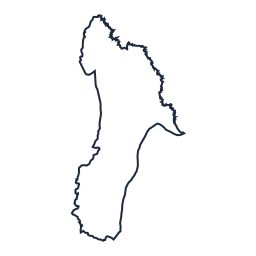 outline of Phakdi Chumphon, Chaiyaphum, Thailand
{"feature_id": "78962969B21349454569090", "entity_name": "Phakdi Chumphon", "entity_type": "district", "adm_level": 2, "iso_a3": "THA", "parent_name": "Thailand", "parent_adm1": "Chaiyaphum", "projection": "albers", "projection_center": [101.441, 15.961], "detail": "fine", "context": "isolated", "style": "outline", "palette": "slate", "viewbox_px": 256, "rotation_deg": 0, "n_neighbors": 0, "source": "geoboundaries", "source_scale": "gbopen_adm2", "svg_char_len": 5704}
<svg xmlns="http://www.w3.org/2000/svg" viewBox="0 0 256 256"><path d="M75.8,182.6L76.8,183.5L78.0,183.2L78.8,183.5L79.1,184.3L77.8,188.5L76.1,189.1L75.3,190.3L75.6,191.3L75.5,193.2L76.7,193.9L78.0,193.3L78.1,193.8L77.0,196.2L77.0,197.5L76.5,198.3L76.6,199.2L75.8,199.3L75.1,200.5L74.7,202.5L74.9,202.8L74.5,203.3L74.7,203.9L76.3,205.9L78.5,206.2L78.6,206.6L77.8,208.4L75.6,209.2L73.3,210.5L73.2,211.2L71.9,213.0L72.1,213.7L72.6,214.0L72.9,214.5L74.2,214.8L77.6,216.9L78.0,218.9L79.5,220.0L80.0,221.0L79.8,221.7L79.1,222.1L80.1,222.9L80.0,223.7L82.2,225.4L82.2,225.8L80.9,226.0L80.9,226.3L81.0,227.3L80.6,230.2L80.8,232.5L83.2,230.9L85.5,232.9L87.6,232.9L88.0,233.4L88.0,234.7L90.0,235.8L92.5,236.0L93.9,237.6L95.7,237.8L98.8,239.4L101.1,239.6L102.7,240.6L103.4,240.6L103.8,239.9L105.1,240.0L106.0,237.1L107.3,236.2L111.4,237.7L113.6,239.5L119.1,232.3L120.4,231.4L120.6,226.4L120.1,223.2L121.3,216.1L121.4,213.8L122.1,209.6L122.3,204.9L123.3,199.4L124.9,195.0L125.9,187.6L126.7,186.5L126.7,185.9L127.8,183.9L128.8,182.4L131.7,179.5L131.8,178.7L134.4,175.4L135.5,173.0L136.5,171.5L137.5,167.7L137.9,164.7L137.5,155.6L138.1,150.7L139.5,147.6L140.2,144.8L144.6,137.2L147.5,131.3L149.5,128.6L150.5,128.2L156.4,124.1L157.3,123.7L158.6,123.8L160.9,124.9L164.1,127.5L165.9,129.7L170.4,131.8L174.5,134.1L177.0,135.0L179.0,135.2L181.0,134.7L184.1,133.3L182.9,132.5L181.9,132.7L181.0,132.4L179.8,131.6L177.5,128.6L176.5,126.6L176.4,125.6L175.4,124.9L175.0,123.5L174.0,122.7L173.9,121.5L174.4,121.5L174.3,121.3L174.7,121.0L174.7,120.4L174.4,120.2L174.7,120.0L174.4,119.9L174.6,119.4L174.1,119.1L173.8,119.3L173.8,118.9L174.3,118.7L174.0,118.5L174.0,118.1L174.8,118.1L174.4,117.3L174.6,117.1L174.5,116.8L174.9,116.7L174.6,116.6L174.8,116.4L174.7,116.1L174.4,116.2L173.7,115.3L174.3,114.7L173.8,114.3L174.7,114.0L174.9,113.7L174.2,112.9L174.7,112.7L174.6,112.3L175.8,111.7L175.0,111.7L174.7,111.1L174.8,110.7L173.6,110.6L172.2,109.6L172.3,109.0L172.9,109.0L173.1,108.6L171.5,107.6L170.8,107.7L170.6,108.1L170.1,107.8L170.0,107.2L171.0,106.2L171.5,104.6L170.6,104.2L170.3,104.8L169.5,104.8L169.0,105.2L167.7,104.9L166.8,105.2L166.2,104.3L165.6,105.3L164.8,105.8L164.3,105.3L163.5,105.5L163.3,105.2L163.4,104.6L162.4,104.7L162.5,104.1L162.9,104.0L162.5,102.9L161.2,102.0L162.5,101.2L162.4,100.4L162.7,99.7L161.6,99.5L161.5,98.2L160.3,98.5L160.1,97.6L160.6,97.6L160.7,96.9L159.9,95.9L159.2,92.5L159.3,92.3L160.1,92.4L160.4,91.8L161.1,91.7L160.8,91.0L161.2,90.4L160.9,89.8L161.0,89.2L161.3,89.2L161.5,89.9L161.8,89.9L161.6,89.6L161.9,89.1L161.2,88.5L161.9,87.3L161.2,86.9L160.9,86.2L161.8,84.9L162.0,83.2L163.0,81.8L161.5,81.0L161.5,80.5L160.9,80.2L160.8,79.4L162.6,78.5L162.0,78.3L161.8,77.8L162.1,76.7L162.7,76.5L162.7,76.1L161.0,76.7L160.6,76.3L160.7,75.5L160.0,74.7L158.3,74.6L158.7,73.5L157.3,73.8L157.4,73.2L157.0,72.2L158.3,71.0L157.5,70.7L156.7,69.6L155.3,68.9L154.7,68.1L154.4,68.2L154.2,68.9L153.6,67.5L152.9,67.4L153.0,66.5L152.5,65.5L151.4,64.6L152.4,63.3L151.6,63.1L152.1,62.5L152.0,62.3L151.5,62.3L152.0,61.4L151.5,61.0L150.8,60.0L150.0,59.5L150.0,58.2L149.4,58.3L148.9,57.9L148.3,57.8L148.0,58.2L147.2,56.5L146.8,56.1L146.6,54.9L146.3,55.2L145.7,54.6L146.2,54.2L145.6,54.0L145.5,53.0L146.4,52.2L145.9,52.1L145.7,52.5L145.3,51.0L144.9,51.2L144.6,51.1L145.1,50.5L144.0,50.8L143.8,50.6L143.7,49.8L144.5,49.5L144.8,48.1L145.2,48.2L145.8,47.5L144.8,47.4L144.4,47.9L143.3,46.7L142.5,46.5L142.6,46.1L142.3,45.9L141.7,46.0L141.8,46.3L141.3,46.8L140.6,46.2L139.3,45.8L136.4,45.8L134.4,45.5L134.3,45.0L132.5,45.5L132.1,44.9L132.1,44.2L130.5,44.7L129.7,44.4L129.2,42.7L128.8,42.7L128.5,42.9L128.4,42.7L127.7,43.6L127.5,44.2L127.7,44.6L127.0,45.7L127.3,45.9L126.9,47.5L127.3,48.9L127.2,49.2L124.4,47.7L122.0,48.7L121.4,48.5L121.3,47.9L120.1,46.9L120.4,46.0L120.0,45.2L117.9,44.8L118.8,43.7L118.1,42.8L119.2,42.2L119.4,41.7L118.4,41.1L118.3,40.2L117.3,40.0L116.7,40.2L116.9,39.7L116.5,39.3L116.5,38.2L116.9,37.8L116.2,38.0L115.5,39.0L115.4,38.4L114.6,39.2L113.6,38.7L112.9,39.3L113.0,38.4L112.2,38.4L112.3,37.8L111.7,37.4L110.8,37.5L110.7,37.0L111.4,36.4L111.0,36.2L110.0,36.5L110.3,35.9L111.7,35.8L111.6,34.6L111.1,34.7L110.5,34.3L111.0,33.7L111.5,33.7L111.3,33.3L111.8,33.0L111.7,32.8L112.1,32.5L111.5,32.2L112.2,31.9L112.0,31.1L113.5,31.0L113.9,30.4L112.9,30.6L112.7,30.0L112.1,30.3L111.6,30.0L111.4,29.1L111.0,28.9L110.5,29.1L110.1,27.8L109.7,27.6L109.6,27.3L109.0,27.6L108.3,26.0L107.8,26.0L107.9,24.8L107.2,25.1L107.3,23.9L106.1,24.3L105.8,23.7L105.9,23.1L105.4,22.9L105.2,23.7L105.0,23.0L104.4,22.7L104.2,22.8L103.8,21.8L104.2,21.5L103.7,21.0L103.9,20.2L104.8,19.7L104.8,19.4L104.3,19.3L104.1,18.6L103.1,20.0L102.9,19.8L103.1,19.3L102.2,19.6L102.6,19.1L101.4,19.1L101.0,18.7L101.5,18.1L101.1,17.7L101.3,16.3L100.2,16.4L100.1,16.2L100.8,15.7L100.0,15.4L99.5,15.7L98.7,15.8L98.5,15.5L98.0,15.8L97.9,17.0L93.6,16.9L92.1,20.4L90.8,21.4L89.2,26.6L86.3,28.5L85.0,29.8L84.7,30.6L85.2,32.0L84.9,32.4L84.0,32.5L83.8,33.2L84.1,33.7L83.9,35.6L84.8,36.3L84.6,36.8L84.8,37.1L83.9,37.6L83.5,38.3L82.9,42.2L82.7,47.7L82.1,48.8L81.3,49.4L81.2,49.9L81.5,52.0L82.4,53.7L82.4,56.0L82.1,56.5L81.0,56.5L80.2,57.1L80.1,57.7L81.0,60.2L80.2,60.6L79.7,61.7L85.7,73.9L87.4,74.6L89.1,74.8L92.6,72.8L94.8,71.0L95.7,84.9L96.3,87.4L97.3,89.0L100.3,102.1L100.6,104.3L100.5,107.7L101.0,113.9L99.7,122.2L99.5,126.3L100.0,128.1L98.2,131.5L98.4,133.5L97.7,135.4L97.6,138.9L95.4,141.1L94.2,144.3L92.7,147.0L95.8,148.0L97.1,147.5L99.1,147.9L99.4,148.3L99.4,149.5L98.4,150.2L97.1,153.9L93.6,155.0L93.2,158.6L91.3,160.1L90.2,161.6L89.5,163.5L88.6,164.5L87.4,164.9L86.7,165.6L85.1,165.2L82.1,165.3L81.3,165.7L79.1,167.9L78.8,170.0L79.1,171.9L78.2,175.9L77.7,177.0L77.3,179.7L76.4,179.4L75.8,182.6Z" fill="none" stroke="#1e293b" stroke-width="2"/></svg>